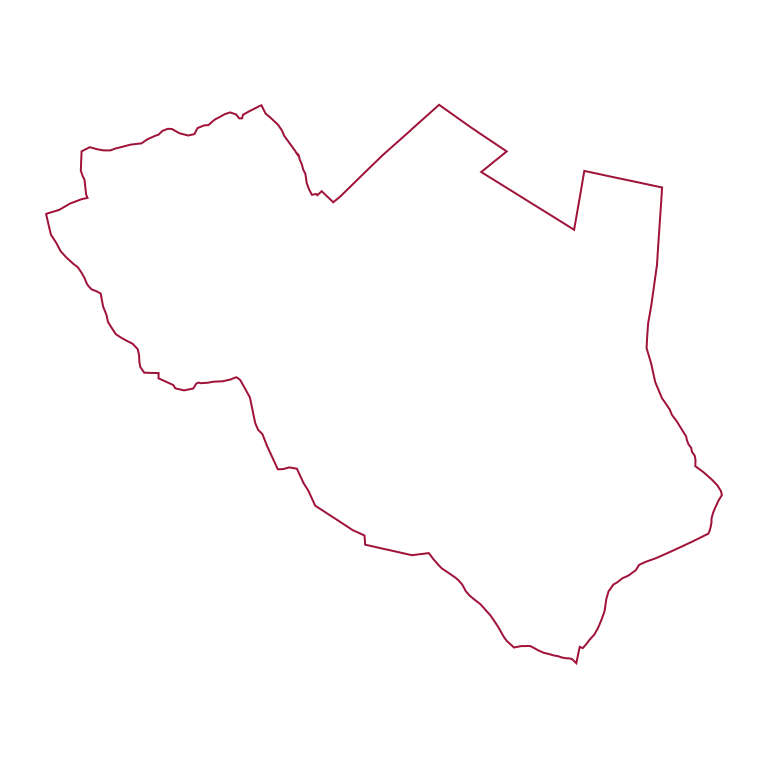 Zaragoza, Veracruz, Mexico (Natural Earth projection)
{"feature_id": "50627088B53644428615322", "entity_name": "Zaragoza", "entity_type": "district", "adm_level": 2, "iso_a3": "MEX", "parent_name": "Mexico", "parent_adm1": "Veracruz", "projection": "natural_earth1", "projection_center": [-94.642, 17.948], "detail": "fine", "context": "isolated", "style": "outline", "palette": "rose", "viewbox_px": 768, "rotation_deg": 0, "n_neighbors": 0, "source": "geoboundaries", "source_scale": "gbopen_adm2", "svg_char_len": 4151}
<svg xmlns="http://www.w3.org/2000/svg" viewBox="0 0 768 768"><path d="M261.5,105.3L260.9,105.5L259.8,105.9L256.9,107.4L249.0,111.4L244.7,113.8L242.9,114.9L242.1,118.3L239.3,118.4L236.7,115.2L236.0,114.4L230.1,112.4L224.7,114.2L219.6,117.1L214.9,119.5L211.3,122.5L208.5,125.1L204.1,125.4L197.5,128.1L194.4,134.1L188.2,135.5L179.6,133.3L178.0,132.4L171.9,129.0L167.8,128.8L162.4,130.9L158.5,134.7L155.7,135.6L153.8,136.4L147.2,139.4L141.5,143.4L140.8,143.5L138.4,143.7L130.8,144.6L125.3,146.0L123.6,146.5L115.8,148.4L110.3,150.4L103.7,150.4L97.9,149.4L97.1,149.2L89.8,147.2L84.6,149.8L81.6,151.3L81.2,160.6L80.8,170.7L82.9,176.6L84.5,179.7L86.1,194.4L87.5,197.9L81.5,199.2L69.9,203.6L59.2,209.9L46.3,213.8L46.1,214.0L48.9,226.2L51.0,234.9L53.0,237.8L56.5,243.3L60.7,251.3L66.2,257.3L73.3,263.8L77.8,267.2L81.6,272.8L84.6,278.1L86.7,283.4L88.2,285.8L91.6,289.4L93.9,290.3L95.9,291.0L99.3,292.8L100.7,293.5L101.5,298.0L101.8,299.7L102.5,303.4L103.1,306.5L106.4,314.7L108.0,322.0L110.0,325.2L111.4,327.4L115.8,334.2L121.3,337.8L126.9,340.9L129.1,342.0L132.7,343.8L137.8,349.3L138.5,352.8L139.0,354.9L139.1,355.3L139.3,361.6L140.3,367.0L142.9,370.8L143.3,371.3L144.2,372.7L158.6,373.1L158.5,378.3L173.4,385.1L175.2,388.3L184.1,390.4L193.2,388.5L196.5,383.4L198.6,382.6L200.7,383.2L208.2,382.7L212.6,381.8L215.3,381.6L222.5,381.3L230.6,379.5L234.5,377.8L236.6,377.3L240.0,379.8L240.3,380.1L249.9,397.4L252.0,407.5L252.9,412.1L255.3,423.3L258.1,429.8L262.4,434.1L264.9,440.4L266.9,445.6L277.8,469.3L283.0,469.1L289.3,467.4L296.9,468.7L303.6,483.2L308.1,490.3L308.5,491.0L315.2,505.7L317.7,507.3L320.6,509.2L330.9,515.9L333.3,517.4L339.7,521.6L352.8,530.2L355.1,531.2L359.5,533.2L364.5,535.5L365.2,544.7L386.8,549.6L387.1,549.6L411.9,555.2L422.3,553.9L422.6,553.9L428.8,553.1L433.6,559.4L438.5,565.0L441.9,568.5L446.8,571.7L447.5,572.2L455.5,577.7L458.5,580.3L462.1,584.4L465.0,589.7L465.8,591.2L469.5,595.5L474.2,599.4L480.6,604.4L483.3,607.4L485.8,610.3L490.2,615.1L494.0,620.6L495.8,623.3L498.2,627.0L501.3,632.4L501.9,633.5L504.2,637.5L505.7,639.5L507.0,641.2L514.0,647.5L516.0,647.1L521.1,646.1L522.2,646.1L529.0,646.0L530.1,646.0L534.2,648.1L537.8,650.1L543.3,652.6L543.5,652.7L549.5,654.2L553.6,655.4L555.4,655.7L557.6,656.1L558.1,656.2L561.3,657.3L561.6,657.5L561.8,657.5L565.6,658.2L569.6,658.4L570.1,658.6L571.8,659.1L572.3,659.3L576.3,663.2L578.3,653.7L579.7,646.9L582.8,648.1L586.0,644.5L589.8,639.5L594.3,634.6L597.8,628.4L598.6,626.6L599.4,624.8L601.7,619.2L603.9,613.0L604.6,611.0L606.2,599.9L606.3,599.0L608.6,591.2L611.1,587.8L613.3,584.6L617.3,582.3L622.7,578.1L626.2,576.6L628.7,575.4L634.3,571.3L635.6,570.4L639.1,564.9L644.7,562.3L645.8,561.8L656.2,558.1L661.8,555.6L672.1,551.0L685.2,544.9L693.6,541.0L693.9,540.8L705.0,535.3L708.3,533.7L709.6,530.9L710.2,528.5L710.6,527.2L711.5,522.4L711.5,518.7L713.1,512.7L714.2,510.1L714.9,508.3L718.6,500.4L721.9,495.0L720.9,491.0L717.2,485.1L713.3,481.1L711.7,479.5L705.9,474.3L703.1,471.9L695.3,466.2L695.5,460.1L694.8,455.9L691.9,451.7L691.2,447.8L688.7,444.7L687.0,440.5L686.1,436.3L683.2,431.7L679.4,425.6L676.7,421.2L671.9,414.9L669.7,409.4L666.1,404.1L661.9,398.1L658.6,390.1L655.2,382.0L651.2,363.6L647.3,350.5L646.6,348.2L647.1,337.7L647.3,334.9L648.1,323.5L648.9,319.0L651.4,304.7L657.0,264.8L657.9,250.2L658.7,238.2L661.7,194.1L662.1,187.5L635.0,181.7L622.6,179.1L606.1,175.6L597.0,173.6L586.9,171.5L584.3,170.9L580.3,194.4L574.1,229.8L558.0,219.7L544.8,211.5L536.7,206.5L519.0,195.5L501.0,184.3L481.2,172.0L487.0,167.4L493.2,162.3L506.7,151.4L499.7,146.7L494.0,142.9L491.9,141.5L478.3,132.4L475.9,130.7L471.2,127.6L439.1,104.8L421.6,120.4L411.1,129.8L410.0,130.9L400.2,139.6L382.6,155.2L360.5,176.7L354.2,182.9L347.4,189.5L341.3,195.5L340.7,196.1L337.1,199.1L333.2,202.3L333.0,202.0L326.5,195.8L321.7,191.2L317.4,195.2L316.4,194.0L311.9,194.8L308.8,188.8L307.6,185.4L306.7,183.1L306.3,180.1L306.0,177.9L305.3,173.6L303.2,169.6L301.8,164.2L301.1,162.7L299.8,159.9L298.7,155.2L297.9,154.2L297.6,154.8L295.2,151.1L294.9,150.5L284.4,136.1L284.3,135.9L281.8,130.3L279.2,126.5L277.8,124.5L270.6,117.8L265.6,113.6L262.1,106.6L261.5,105.3Z" fill="none" stroke="#9f1239" stroke-width="2"/></svg>